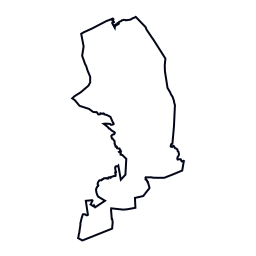 the district of Huamuxtitlán, Guerrero, Mexico, rotated 178°
{"feature_id": "50627088B12033458309920", "entity_name": "Huamuxtitlán", "entity_type": "district", "adm_level": 2, "iso_a3": "MEX", "parent_name": "Mexico", "parent_adm1": "Guerrero", "projection": "mercator", "projection_center": [-98.542, 17.83], "detail": "fine", "context": "isolated", "style": "outline", "palette": "ink", "viewbox_px": 256, "rotation_deg": 178, "n_neighbors": 0, "source": "geoboundaries", "source_scale": "gbopen_adm2", "svg_char_len": 5452}
<svg xmlns="http://www.w3.org/2000/svg" viewBox="0 0 256 256"><g transform="rotate(178 128 128)"><path d="M169.1,225.1L171.5,223.8L169.5,211.1L171.3,201.8L168.7,193.5L167.6,191.2L166.4,186.8L164.0,180.5L164.2,174.9L166.0,171.7L174.2,165.2L180.4,161.6L182.7,159.6L180.0,157.5L175.8,152.0L175.0,151.6L166.4,148.5L162.7,145.6L162.4,145.4L161.8,145.1L161.6,145.1L160.8,145.1L160.5,145.1L160.3,145.0L160.1,144.9L159.9,144.9L159.4,145.0L159.1,145.0L158.9,145.0L158.7,144.7L158.4,144.4L158.2,144.2L157.9,143.7L157.7,143.4L157.4,142.9L157.3,142.7L157.1,142.6L156.7,142.6L156.2,142.6L155.8,142.7L155.5,142.7L155.1,142.9L155.0,143.0L154.9,143.1L154.6,143.1L154.4,143.2L154.5,143.5L153.2,143.1L153.0,143.3L152.7,143.4L152.2,143.5L151.9,143.4L151.6,143.3L151.4,143.0L151.3,142.5L148.7,141.7L145.2,139.8L143.0,134.3L142.2,133.1L142.3,132.3L143.9,131.8L145.0,131.8L145.3,132.2L145.9,132.7L150.6,133.2L152.1,133.0L150.8,132.0L148.3,129.8L147.7,129.2L147.2,128.2L146.7,128.2L146.3,128.0L144.8,126.4L144.5,126.1L143.5,125.5L141.9,124.4L141.3,123.7L142.0,122.3L143.9,121.8L145.0,120.6L144.7,119.2L144.5,118.2L144.4,118.0L143.8,118.0L142.8,116.5L141.9,115.5L142.0,115.0L141.8,114.0L142.0,112.8L141.6,112.3L141.4,111.3L141.0,109.8L140.2,110.0L139.9,109.8L139.6,108.2L137.9,107.7L137.3,107.8L136.5,106.4L136.6,106.1L136.0,105.3L137.8,104.4L137.3,103.9L136.1,103.9L136.3,101.6L134.7,101.3L130.8,97.2L132.2,81.4L137.0,76.6L139.0,90.8L139.6,90.2L139.9,90.0L140.6,90.1L140.9,90.2L141.2,90.2L141.6,90.0L141.8,89.7L142.1,89.5L142.2,89.0L142.1,88.7L142.2,88.0L142.2,87.5L142.1,87.0L142.0,86.4L141.8,85.5L141.6,84.9L141.6,84.7L141.5,84.3L141.5,84.1L141.8,83.8L142.3,83.9L142.3,83.6L142.3,83.4L142.3,83.1L142.3,82.9L142.2,82.4L141.9,81.7L142.0,81.4L142.0,81.0L142.2,80.5L142.4,80.5L143.1,80.5L143.3,80.4L143.8,80.4L144.5,80.3L145.0,80.1L145.9,79.8L146.0,79.8L146.4,79.8L146.7,79.7L146.9,79.6L147.0,79.4L147.1,79.2L147.2,78.9L147.5,79.1L147.8,79.2L148.0,79.3L148.3,79.4L148.7,79.3L149.2,79.3L149.5,79.0L149.6,78.9L149.5,78.2L150.2,78.1L151.2,78.4L151.3,78.6L151.6,78.8L152.4,78.5L152.6,78.5L152.9,78.6L153.1,78.6L153.8,78.6L154.1,78.2L154.4,78.0L154.6,77.8L155.1,77.8L155.4,77.8L155.6,77.7L155.9,77.3L155.9,77.0L156.1,76.9L156.5,76.6L156.8,76.6L157.4,76.8L157.7,76.8L158.0,76.8L158.2,76.7L158.4,76.6L158.6,76.4L158.8,76.2L159.1,75.9L159.4,75.5L159.5,75.3L159.7,74.9L159.9,74.6L160.0,74.3L160.1,73.9L160.3,73.5L160.3,73.1L160.3,72.8L160.2,72.5L160.1,72.2L159.9,71.9L159.7,71.8L159.7,71.7L159.7,71.4L159.8,71.2L160.0,71.0L160.2,70.9L160.5,70.7L160.8,70.4L160.9,70.2L161.1,69.7L161.5,69.2L161.9,68.4L161.9,68.2L162.0,67.7L162.1,67.4L162.1,66.9L162.0,66.4L161.9,65.8L161.9,65.4L161.8,64.7L161.4,63.2L160.9,61.8L160.3,60.5L153.5,56.1L163.6,49.9L164.7,51.9L165.3,51.0L168.1,52.9L166.0,56.5L166.2,56.9L166.3,57.1L172.7,56.7L171.1,42.7L171.4,42.3L172.0,42.3L172.5,42.2L172.8,42.4L173.2,42.7L173.7,43.1L174.8,43.3L175.9,43.4L176.2,43.1L177.5,39.5L178.9,34.4L179.0,32.4L179.9,27.8L180.3,25.2L180.8,23.7L181.3,21.1L181.7,19.7L177.5,17.2L147.4,28.0L146.6,34.3L147.0,37.6L147.4,37.7L147.8,46.7L147.6,48.3L135.8,46.6L133.0,46.7L131.5,46.8L123.4,48.0L123.5,57.9L117.6,59.0L115.1,59.5L111.2,64.2L108.9,66.8L108.9,67.0L108.6,67.5L109.9,72.7L110.1,72.7L110.2,72.8L110.3,72.9L110.3,73.0L110.1,73.2L110.1,73.3L110.1,73.6L110.4,73.7L110.5,73.8L110.7,74.0L110.8,74.2L110.8,74.4L110.8,74.7L110.8,74.8L111.1,75.3L111.4,75.5L111.5,75.5L112.2,75.8L112.3,76.0L112.2,76.5L112.2,77.0L112.0,77.3L111.9,77.3L111.9,77.5L112.1,77.7L112.2,77.9L112.1,78.0L111.9,78.2L111.1,78.0L106.3,77.9L104.3,77.4L97.4,77.1L93.4,77.0L84.6,80.1L75.3,83.6L73.4,92.9L73.3,93.0L73.7,93.3L73.8,93.3L74.4,92.9L74.7,92.9L75.1,92.8L75.3,92.7L75.5,92.8L75.7,93.3L75.8,93.5L76.0,93.8L76.2,94.4L76.3,94.8L76.6,95.0L76.8,95.0L77.3,95.0L77.8,94.9L78.5,94.9L78.9,94.8L79.1,94.8L79.4,94.7L79.6,94.9L79.7,95.1L79.7,95.4L79.8,95.7L79.7,96.0L79.6,96.7L79.5,97.0L79.4,97.3L79.0,97.7L78.8,98.0L78.6,98.3L78.4,98.7L78.2,99.0L78.1,99.5L78.0,100.0L78.0,100.5L78.3,101.8L78.4,102.4L78.5,102.6L78.8,102.9L79.1,103.1L79.2,103.4L79.3,103.7L79.3,104.1L79.3,104.3L79.3,104.5L79.5,104.8L79.9,105.4L81.7,106.3L81.9,106.4L82.1,106.6L82.2,106.8L82.2,107.3L82.3,107.5L82.5,107.8L82.7,108.0L83.0,108.5L83.3,108.7L83.5,108.7L83.6,108.4L84.6,107.5L85.9,107.9L86.0,108.4L85.4,110.3L84.4,110.8L84.1,111.3L83.9,113.0L83.8,113.6L82.0,128.2L80.3,149.2L80.5,149.9L80.9,151.5L81.1,153.1L81.3,154.0L81.5,154.8L81.8,155.7L82.2,157.1L82.6,158.0L83.3,159.1L84.1,160.7L84.6,162.1L87.1,166.7L89.1,183.3L89.1,187.6L89.1,189.2L88.2,196.1L99.4,215.2L101.3,218.1L106.1,225.8L106.9,228.2L116.4,238.8L117.9,238.0L119.3,237.6L119.8,237.4L120.2,237.0L121.5,236.4L122.0,236.2L122.8,236.1L123.5,236.0L124.1,236.0L124.8,235.9L125.7,235.8L126.2,235.7L126.8,235.8L127.0,236.0L127.5,236.2L128.8,236.2L129.2,236.0L129.6,235.9L130.2,235.8L130.5,235.8L130.7,235.6L130.9,235.3L131.8,234.8L132.5,234.6L132.9,234.4L133.7,233.8L134.4,233.4L133.6,232.5L133.7,232.4L134.4,232.0L134.7,232.6L135.4,232.3L135.1,231.7L136.0,231.2L136.2,231.6L136.7,231.4L136.9,231.7L137.6,231.3L137.2,230.6L137.5,230.5L137.6,230.4L137.8,230.3L137.6,229.1L137.7,228.6L138.0,229.2L139.0,231.2L139.3,231.6L139.6,232.2L139.8,232.8L140.1,233.4L138.9,234.0L139.1,234.2L138.4,234.5L138.9,235.4L138.9,235.5L139.2,236.0L139.4,236.4L140.0,236.2L140.2,236.5L139.3,236.9L139.4,237.3L139.0,237.5L139.4,237.9L139.7,237.8L143.4,236.4L145.1,235.9L145.9,235.6L160.2,228.8L169.1,225.1Z" fill="none" stroke="#020617" stroke-width="2"/></g></svg>